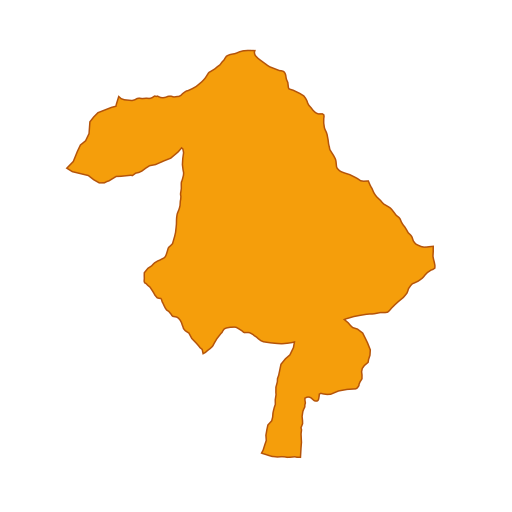 the district of Lungnyi, Paro, Bhutan, rotated 173°
{"feature_id": "84629894B57093636302105", "entity_name": "Lungnyi", "entity_type": "district", "adm_level": 2, "iso_a3": "BTN", "parent_name": "Bhutan", "parent_adm1": "Paro", "projection": "natural_earth1", "projection_center": [89.391, 27.38], "detail": "fine", "context": "isolated", "style": "filled", "palette": "amber", "viewbox_px": 512, "rotation_deg": 173, "n_neighbors": 0, "source": "geoboundaries", "source_scale": "gbopen_adm2", "svg_char_len": 6089}
<svg xmlns="http://www.w3.org/2000/svg" viewBox="0 0 512 512"><g transform="rotate(173 256 256)"><path d="M78.9,244.0L82.4,244.1L85.6,244.1L88.1,244.3L90.8,245.2L93.9,247.0L95.7,248.2L96.8,249.6L98.0,251.7L98.3,253.1L98.6,254.6L98.8,255.6L99.3,256.8L100.1,258.1L102.1,260.5L102.8,262.2L103.5,263.9L104.2,265.4L105.0,267.1L105.9,268.4L106.8,270.2L107.6,272.1L108.2,274.3L108.5,275.3L109.4,276.8L111.5,278.9L112.3,279.9L113.2,281.6L115.6,285.6L116.8,287.2L118.3,288.5L122.9,292.0L124.5,294.1L125.6,295.9L126.7,297.2L129.0,300.0L130.3,302.2L131.1,303.9L131.7,305.5L132.0,306.6L132.7,309.0L133.5,310.7L134.3,313.0L135.4,316.8L137.0,316.9L140.1,317.1L142.8,317.9L143.7,318.5L144.7,319.5L146.3,320.8L148.3,322.2L153.0,325.3L158.0,327.6L160.1,328.7L161.2,329.3L162.6,330.4L163.4,331.3L164.2,332.4L164.8,333.3L165.2,334.8L165.1,339.8L165.2,341.6L165.6,343.2L166.7,346.1L168.6,350.1L169.7,352.5L169.9,354.2L169.9,355.3L170.1,356.3L170.3,358.4L170.3,359.8L170.3,362.4L170.5,365.5L170.6,367.5L171.0,369.8L171.8,372.3L172.2,373.5L172.5,375.2L172.6,379.6L172.4,381.3L172.0,384.2L171.5,386.1L171.5,387.8L172.8,389.0L176.7,389.4L178.5,390.3L180.1,391.7L181.7,393.7L183.2,396.3L184.1,397.6L185.2,399.2L186.1,401.5L186.5,403.6L187.0,405.0L187.6,406.5L188.5,408.1L189.1,409.1L192.7,412.0L198.9,416.0L202.7,417.7L203.3,419.0L203.3,424.3L204.2,427.4L204.4,429.0L204.5,432.0L204.7,433.0L205.0,434.0L205.7,435.3L206.5,436.0L208.1,436.7L210.2,437.2L219.3,442.1L221.2,443.6L228.3,450.3L230.0,452.0L231.9,454.5L232.4,455.5L232.7,456.5L232.8,458.4L232.1,460.0L238.9,461.0L243.8,461.2L247.3,460.7L250.5,459.8L252.4,459.4L254.5,459.3L257.1,459.1L259.1,458.6L261.0,457.9L262.7,456.0L263.8,454.5L265.9,452.8L268.5,450.1L271.4,448.5L274.1,446.7L278.5,444.7L280.0,444.1L280.9,443.4L283.6,440.1L284.9,438.6L286.7,437.0L288.7,435.4L294.8,431.5L299.0,429.8L303.4,428.4L304.7,428.3L306.0,427.8L308.0,426.7L309.3,425.9L310.9,424.6L313.0,423.8L315.2,423.9L317.5,423.8L318.7,424.0L320.3,424.8L321.7,425.1L323.8,425.2L325.6,424.7L326.8,424.5L329.1,424.4L331.3,424.9L333.1,425.9L334.3,426.7L335.4,426.5L337.1,427.1L338.2,426.6L339.8,425.8L341.6,425.4L342.9,425.4L345.7,426.0L346.7,426.0L349.8,426.1L352.7,426.9L354.8,426.8L357.3,425.8L360.1,425.4L367.6,427.1L370.7,428.6L372.8,431.0L376.0,423.9L376.8,421.7L381.4,421.1L395.4,417.5L400.2,413.7L404.5,409.4L406.8,397.8L411.1,391.1L415.7,388.2L416.7,387.6L420.4,381.8L425.8,372.1L433.1,366.2L428.0,362.1L412.6,356.3L407.8,351.5L402.7,347.7L397.6,347.1L394.9,348.1L392.8,348.5L385.1,352.0L380.6,351.6L370.3,351.4L368.9,350.9L365.3,352.9L362.1,353.2L359.0,354.2L354.6,356.7L350.6,358.6L344.6,359.0L336.0,361.6L328.7,363.5L320.5,368.9L316.7,372.4L315.5,371.0L315.3,367.3L316.8,361.7L317.9,355.7L317.9,353.7L317.9,352.0L317.9,350.7L317.7,347.3L318.2,344.9L319.4,341.8L320.3,339.7L321.0,338.5L321.3,337.2L321.5,335.6L321.9,332.0L322.7,329.1L323.2,327.5L323.4,326.0L323.3,324.4L323.6,322.6L323.9,321.2L324.4,319.8L325.0,316.7L325.2,315.5L326.0,313.3L327.0,311.1L327.9,309.6L329.0,307.5L329.4,306.3L330.1,303.7L330.5,301.5L331.1,297.3L331.8,294.1L333.0,289.1L334.3,285.5L337.3,278.5L338.2,277.7L339.6,276.6L341.5,275.3L342.2,274.4L343.5,271.4L344.3,269.6L345.3,267.6L346.2,266.3L347.7,265.2L349.8,264.5L351.8,263.7L354.3,263.0L357.4,261.6L358.8,260.6L360.8,258.9L364.7,257.0L366.2,255.6L368.9,253.0L369.3,250.2L369.6,247.2L369.8,246.2L370.1,244.6L369.8,243.0L368.4,242.0L367.1,240.2L365.0,238.0L362.9,233.8L361.9,231.6L361.1,229.5L359.2,226.6L358.4,226.2L356.9,225.7L355.7,225.5L355.1,224.4L354.7,221.9L354.3,221.0L353.8,219.5L353.3,217.9L352.4,215.4L351.3,213.3L349.3,211.6L347.2,208.3L346.7,207.1L345.8,206.2L343.8,205.6L342.2,205.1L340.6,203.8L339.1,201.6L338.1,199.0L337.6,196.5L337.1,194.6L336.8,192.8L335.4,190.6L334.1,189.4L332.0,187.7L329.8,182.0L325.9,176.8L323.8,173.7L322.7,171.8L320.8,169.8L320.4,165.5L317.9,166.5L316.8,167.3L314.8,168.6L313.0,169.6L311.6,170.6L310.5,171.4L309.7,172.2L308.2,174.4L306.2,177.0L305.1,178.5L303.6,180.0L300.2,183.4L299.1,184.2L298.4,185.3L297.1,186.8L296.2,187.6L294.0,188.2L290.4,188.4L286.2,188.1L284.5,187.7L283.2,186.8L281.8,185.7L280.2,184.4L278.8,183.2L277.7,181.9L276.8,181.4L275.7,181.3L273.0,181.0L271.6,180.6L270.0,179.5L268.3,178.2L267.5,177.2L265.4,175.5L263.8,173.6L261.5,171.4L260.5,170.8L259.1,170.0L256.3,169.2L251.9,168.0L247.5,167.0L245.1,166.5L241.4,165.8L239.7,165.7L235.1,165.6L230.8,165.7L228.3,166.0L230.0,160.5L234.4,153.7L239.2,150.5L244.4,145.5L248.0,134.9L249.6,131.7L250.1,128.7L250.6,127.3L252.2,123.4L252.9,118.2L253.0,115.9L254.4,111.0L254.9,106.3L256.2,103.7L257.6,100.1L258.3,98.0L259.1,94.1L260.5,90.5L264.8,86.8L266.4,82.2L268.0,76.9L268.3,71.6L270.1,67.9L272.6,62.4L274.5,59.7L273.6,59.2L271.1,58.1L267.7,56.5L264.5,55.1L262.1,54.6L259.2,53.9L255.1,53.7L252.2,53.2L249.6,52.4L246.5,52.1L241.9,52.0L240.0,51.3L236.4,50.8L234.7,60.1L234.5,61.1L234.0,63.6L233.6,65.4L233.0,73.7L232.8,74.7L232.5,75.9L232.2,77.0L232.0,78.2L232.3,80.0L230.2,83.9L229.9,86.8L229.8,91.2L228.4,96.1L227.0,98.7L226.2,99.8L225.8,101.0L225.7,102.2L224.9,104.1L225.0,106.7L224.8,108.9L222.9,109.6L221.4,109.7L220.0,109.3L218.7,108.5L216.0,105.5L215.0,104.9L213.1,104.6L212.1,105.1L211.3,106.3L210.4,109.3L210.0,111.2L208.4,111.8L206.0,110.9L202.2,109.9L198.7,109.7L190.5,112.0L181.8,112.5L173.4,112.0L172.0,112.4L170.4,113.9L169.7,114.8L169.3,116.3L168.0,118.5L165.8,121.2L165.3,125.0L165.3,128.3L164.2,131.5L161.8,134.1L157.7,136.8L156.9,139.5L155.0,143.6L154.0,148.9L155.9,156.2L157.3,160.3L159.5,166.5L164.2,171.1L168.8,173.2L170.7,175.5L172.6,178.4L176.1,182.2L174.2,182.7L166.3,184.0L160.2,184.4L153.7,184.7L150.0,184.6L147.7,184.3L145.1,184.3L139.6,184.7L134.6,184.1L132.4,184.2L131.4,184.7L130.1,185.7L127.7,187.9L124.1,190.7L120.6,193.2L118.1,194.8L114.8,196.9L112.5,199.0L110.7,200.8L109.5,203.0L108.6,205.0L106.1,207.8L104.6,209.1L103.6,209.6L102.6,209.8L100.5,210.5L98.3,211.2L95.8,212.5L93.7,213.7L92.2,214.9L90.5,216.6L87.9,218.7L84.0,220.7L82.1,221.1L80.0,222.2L79.7,223.9L79.6,225.0L79.8,228.0L80.2,231.0L80.4,234.2L79.8,237.5L79.5,239.1L79.3,241.0L78.9,244.0Z" fill="#f59e0b" stroke="#b45309" stroke-width="1.5"/></g></svg>